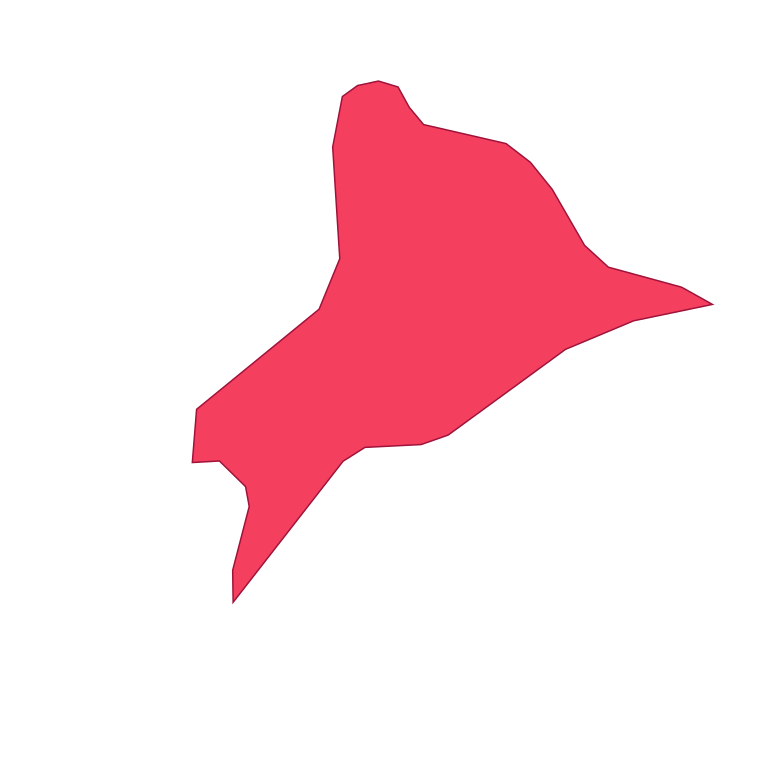 the Metropolitan department of Seine-Saint-Denis, rotated 308°
{"feature_id": "FRA-5344", "entity_name": "Seine-Saint-Denis", "entity_type": "Metropolitan department", "adm_level": 1, "iso_a3": "FRA", "parent_name": "France", "parent_adm1": "", "projection": "natural_earth1", "projection_center": [2.47, 48.909], "detail": "fine", "context": "isolated", "style": "filled", "palette": "rose", "viewbox_px": 768, "rotation_deg": 308, "n_neighbors": 0, "source": "natural_earth", "source_scale": "10m", "svg_char_len": 555}
<svg xmlns="http://www.w3.org/2000/svg" viewBox="0 0 768 768"><g transform="rotate(308 384 384)"><path d="M119.1,399.5L144.1,379.4L204.5,353.2L217.9,338.1L222.0,301.7L204.1,281.3L248.7,251.9L403.0,286.8L455.5,272.0L539.1,197.7L584.9,174.2L602.9,179.4L619.3,193.1L626.7,212.2L617.5,233.7L612.8,255.5L648.6,332.2L648.8,362.9L640.9,396.9L616.7,456.7L614.2,488.9L643.5,558.9L648.9,593.8L587.5,541.8L523.1,505.7L455.7,486.6L455.4,486.5L383.3,466.0L359.1,450.5L322.3,408.0L298.0,399.3L119.1,399.5Z" fill="#f43f5e" stroke="#9f1239" stroke-width="1.5"/></g></svg>